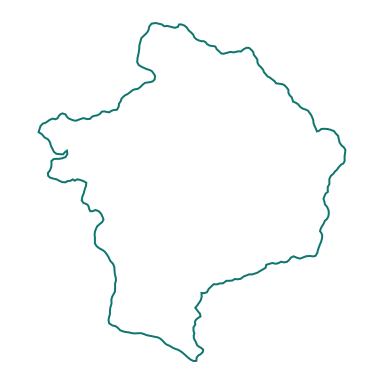 the district of Veríssimo, Minas Gerais, Brazil
{"feature_id": "56859067B45649310910590", "entity_name": "Veríssimo", "entity_type": "district", "adm_level": 2, "iso_a3": "BRA", "parent_name": "Brazil", "parent_adm1": "Minas Gerais", "projection": "mercator", "projection_center": [-48.356, -19.616], "detail": "fine", "context": "isolated", "style": "outline", "palette": "teal", "viewbox_px": 384, "rotation_deg": 0, "n_neighbors": 0, "source": "geoboundaries", "source_scale": "gbopen_adm2", "svg_char_len": 4691}
<svg xmlns="http://www.w3.org/2000/svg" viewBox="0 0 384 384"><path d="M109.2,323.4L112.5,325.5L115.5,326.1L117.8,327.8L120.2,330.3L123.1,331.4L125.5,332.0L128.4,332.3L131.7,333.1L134.8,333.4L138.6,333.2L141.2,333.2L143.6,333.9L146.2,335.0L148.8,335.6L151.5,336.1L154.7,336.8L157.9,337.4L160.4,338.7L162.8,340.9L164.9,343.2L166.7,344.6L169.8,345.9L172.8,347.8L175.4,348.9L177.9,349.7L180.3,351.1L182.4,352.5L185.2,355.0L187.9,357.5L190.6,359.6L193.5,361.0L196.3,360.9L196.7,357.4L198.5,355.3L200.5,354.3L202.8,352.0L203.2,349.7L201.5,348.1L199.3,346.9L197.2,345.4L196.0,342.4L193.9,338.4L193.7,335.5L194.4,333.2L193.5,330.9L193.5,327.3L195.3,324.5L194.9,321.9L196.0,319.7L197.9,318.1L200.5,316.5L199.9,313.6L198.4,311.9L196.7,309.6L195.3,307.8L197.5,305.1L199.3,302.5L200.8,300.1L201.7,296.8L201.5,293.0L204.2,293.2L207.0,292.2L208.7,288.9L212.0,285.8L213.7,284.2L216.8,284.4L219.9,283.4L223.0,283.3L226.4,280.8L229.6,280.8L232.3,280.5L234.8,279.0L237.6,279.3L240.7,278.8L243.6,276.5L246.5,275.4L249.0,274.4L251.9,274.4L254.7,273.6L257.2,272.8L260.6,270.7L263.6,269.0L265.6,267.7L266.3,264.8L269.5,263.8L272.3,263.0L275.9,263.8L278.7,263.0L281.1,261.7L283.9,262.4L286.9,261.9L289.2,259.9L290.8,257.7L293.5,256.3L296.8,257.7L300.0,258.6L302.9,257.5L306.3,256.2L310.1,256.0L313.2,256.4L315.6,255.8L317.3,252.8L318.2,249.2L319.0,246.9L319.9,244.5L321.1,241.8L321.9,238.9L322.3,236.0L321.6,233.4L320.0,231.1L320.8,228.5L321.9,226.4L323.6,223.7L325.0,220.6L326.9,219.1L328.2,216.8L328.8,213.9L328.6,210.4L327.2,207.1L324.9,204.3L324.4,201.5L323.5,198.7L324.5,196.1L325.6,193.6L327.9,191.8L327.7,189.3L327.8,186.9L329.4,184.0L329.3,179.1L330.9,175.8L333.3,173.8L334.9,171.6L336.9,169.8L339.1,166.7L341.2,164.6L343.4,163.4L344.6,161.1L344.6,158.7L344.6,155.9L345.1,152.7L345.4,149.9L343.9,147.4L341.4,145.3L339.6,142.5L338.8,139.2L338.1,135.8L335.8,133.5L334.0,131.1L330.3,129.7L327.5,129.0L324.2,128.8L321.3,129.0L319.1,130.8L316.9,131.4L315.7,128.2L314.5,125.8L313.5,123.0L313.3,120.4L312.5,118.1L311.3,115.3L309.6,112.9L308.0,110.7L305.5,109.5L302.7,108.6L300.3,107.0L298.2,104.3L295.5,102.6L293.1,101.6L292.4,99.4L291.6,97.2L289.7,95.3L288.4,92.7L288.4,89.8L286.8,87.7L284.7,85.4L282.4,84.2L278.9,83.7L276.0,83.3L274.5,81.1L272.1,79.3L269.8,77.5L267.5,76.4L265.7,74.1L264.0,72.3L263.2,70.0L261.3,67.5L258.7,65.1L257.4,62.4L257.4,59.6L256.0,57.6L253.8,54.8L253.2,51.9L251.4,49.9L249.1,47.9L246.5,47.8L243.7,49.2L240.9,51.5L238.3,51.3L233.7,52.4L230.2,51.9L227.2,52.8L223.4,53.8L221.2,53.4L219.3,51.5L216.8,49.3L215.3,46.5L213.0,46.1L210.0,45.7L207.1,44.2L205.7,42.3L203.8,41.2L201.4,41.2L198.5,40.3L196.0,39.0L194.2,37.1L193.2,34.6L191.2,32.6L188.6,30.3L186.8,27.5L184.3,25.5L181.3,24.4L179.0,24.5L177.9,26.9L174.8,27.8L171.6,27.0L167.3,25.9L164.3,26.3L161.8,24.4L158.2,23.6L155.5,23.0L151.5,23.7L149.3,26.5L148.5,30.1L147.1,32.5L145.5,34.2L143.4,36.1L141.3,38.2L140.6,40.8L139.9,43.5L139.3,45.9L139.3,48.6L138.9,51.5L138.3,54.6L137.5,58.1L137.2,62.3L138.8,65.1L142.2,67.1L144.6,68.2L147.2,69.3L149.5,69.9L151.8,71.1L153.5,73.3L155.1,76.1L154.6,79.5L152.8,81.3L150.4,82.1L147.3,82.5L144.9,82.9L142.2,85.1L140.2,87.2L137.9,88.8L134.9,89.3L132.7,90.1L130.6,91.8L127.7,94.0L124.9,95.4L123.2,96.9L121.5,98.7L120.8,101.1L119.0,103.7L118.7,106.5L117.1,109.7L113.5,110.1L111.2,110.9L109.4,112.3L106.9,112.0L104.3,111.4L101.9,111.6L99.8,114.0L97.1,115.4L94.3,115.8L92.1,116.7L89.9,118.9L87.1,119.1L83.4,118.1L80.0,119.2L76.1,120.7L73.5,120.4L71.2,119.5L69.1,118.7L67.2,117.1L65.5,114.4L62.4,113.4L60.3,114.4L58.7,116.1L57.7,118.1L55.6,119.3L52.8,118.6L49.8,119.8L47.2,121.7L45.2,122.9L42.8,123.6L40.5,126.1L39.5,129.2L38.6,132.2L41.9,134.2L44.6,137.5L48.0,139.3L50.0,142.3L50.9,145.8L52.4,148.7L53.9,151.8L56.4,153.8L59.9,154.2L63.1,154.3L64.9,152.2L66.9,150.7L67.4,154.0L65.4,157.2L61.8,158.4L58.8,158.9L56.1,158.8L53.7,159.1L51.4,161.0L51.5,163.8L51.3,167.0L50.0,170.3L47.9,173.0L48.2,175.9L50.2,177.7L53.3,178.6L56.8,179.4L59.1,180.7L62.2,182.1L65.6,182.3L67.5,181.1L70.4,180.8L72.8,179.4L74.8,180.7L77.4,179.3L79.9,179.9L83.0,180.9L86.3,182.7L86.0,186.0L84.9,188.8L84.3,191.1L83.6,193.7L82.4,196.5L81.7,200.3L83.4,202.9L86.4,204.0L88.3,205.6L89.2,209.0L90.2,211.2L92.5,211.2L95.7,210.0L98.9,211.3L101.2,213.9L102.7,217.3L103.5,219.6L102.2,222.1L100.0,223.8L97.1,226.4L95.7,229.5L94.9,232.0L94.6,234.9L94.9,237.7L94.9,240.8L94.9,243.5L96.6,246.2L99.5,248.4L102.7,250.1L104.6,251.5L106.2,253.5L108.4,256.8L110.2,260.8L113.0,263.8L114.3,267.0L114.5,270.0L114.8,273.8L115.7,277.4L116.0,280.5L115.1,283.4L115.1,287.4L115.0,291.5L113.4,294.5L112.2,296.7L111.4,299.4L111.5,303.7L110.2,308.1L109.9,311.4L110.0,314.0L109.1,317.0L108.5,320.1L109.2,323.4Z" fill="none" stroke="#0f766e" stroke-width="2"/></svg>